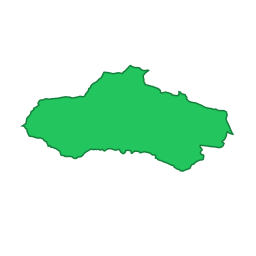 Rondón, Boyacá, Colombia, rotated 248°
{"feature_id": "7082276B99047670325633", "entity_name": "Rondón", "entity_type": "district", "adm_level": 2, "iso_a3": "COL", "parent_name": "Colombia", "parent_adm1": "Boyacá", "projection": "equal_earth", "projection_center": [-73.204, 5.384], "detail": "fine", "context": "isolated", "style": "filled", "palette": "green", "viewbox_px": 256, "rotation_deg": 248, "n_neighbors": 0, "source": "geoboundaries", "source_scale": "gbopen_adm2", "svg_char_len": 5788}
<svg xmlns="http://www.w3.org/2000/svg" viewBox="0 0 256 256"><g transform="rotate(248 128 128)"><path d="M68.4,161.4L67.8,162.1L67.5,162.8L67.6,166.0L67.4,168.4L67.6,170.7L68.5,171.4L69.6,172.4L70.1,173.5L70.0,174.5L70.0,175.6L70.9,177.9L71.2,179.2L71.3,180.1L71.3,183.1L70.9,183.9L70.7,184.9L70.8,186.0L72.6,187.2L73.4,187.4L73.6,187.7L74.0,187.8L74.6,187.8L75.1,187.5L76.0,186.2L76.4,185.9L77.2,185.7L77.8,185.8L79.2,186.8L79.5,187.5L79.7,188.2L79.9,188.5L80.6,188.6L81.6,188.4L83.0,187.8L83.6,187.8L84.6,188.2L84.8,188.4L84.7,188.9L84.0,190.4L81.7,194.7L79.7,197.9L78.5,200.5L77.4,202.4L75.8,204.8L75.5,205.7L75.4,206.3L75.3,207.3L75.4,208.1L75.9,209.4L76.6,210.2L77.8,211.3L80.0,210.0L80.4,210.6L80.6,211.1L80.8,212.2L81.2,213.0L82.1,214.4L83.0,215.1L83.7,216.0L84.4,216.5L85.1,216.8L86.1,217.5L87.4,218.7L85.7,219.7L85.2,220.1L84.0,221.4L83.0,222.9L83.5,222.9L84.4,222.7L86.6,222.5L87.8,222.5L91.0,222.5L93.3,222.4L97.1,222.1L99.4,222.2L99.9,222.4L100.6,222.9L101.2,223.5L103.0,224.8L103.4,224.9L104.1,225.0L106.4,225.0L107.8,223.7L108.4,223.1L109.2,220.9L110.0,219.1L110.8,217.9L111.2,217.4L111.9,216.9L112.3,216.7L112.7,216.6L112.8,215.7L112.9,215.0L113.1,214.6L115.4,211.6L116.4,209.6L117.9,207.8L119.6,205.9L121.0,205.1L124.1,201.9L125.4,200.8L126.4,199.1L126.7,198.7L128.3,196.2L128.6,195.8L129.0,195.6L129.2,195.2L129.9,194.5L130.4,194.2L130.8,194.0L131.2,193.9L131.7,193.6L133.3,193.1L133.7,193.6L134.0,193.8L134.3,193.9L135.1,193.9L136.6,193.3L136.8,193.3L137.4,193.5L137.5,193.5L137.7,193.3L138.5,191.9L138.9,191.5L139.8,190.3L140.7,190.0L141.0,189.9L141.5,190.1L141.8,189.9L142.2,189.1L142.5,188.8L142.2,188.7L141.9,188.9L141.6,188.9L141.3,188.5L141.1,188.3L140.8,188.3L140.5,188.1L140.2,188.1L139.9,187.7L139.9,187.4L139.7,187.1L139.4,186.9L139.4,186.7L139.6,185.4L140.2,184.5L140.4,184.0L141.2,182.7L142.1,181.4L142.4,181.1L142.8,181.1L143.2,181.1L143.4,181.0L144.4,179.8L145.4,178.7L147.3,176.1L147.6,173.2L147.8,172.5L148.0,171.8L148.2,171.7L149.4,171.7L150.0,171.9L150.6,172.0L151.4,171.7L152.8,171.0L154.4,169.5L156.4,167.2L157.1,166.7L157.8,165.4L160.1,162.6L160.7,161.5L161.8,160.3L162.3,160.3L163.1,160.4L164.3,160.0L165.0,160.0L167.5,161.0L168.5,161.0L170.2,161.5L170.9,162.0L171.5,162.6L172.6,164.8L173.2,167.1L173.4,167.9L173.6,168.6L174.1,168.3L174.5,167.0L174.8,165.2L176.2,162.9L177.4,162.0L178.6,161.7L179.1,161.3L179.9,160.5L181.7,156.6L183.9,154.4L184.9,153.9L184.9,153.2L184.9,152.8L184.1,151.3L181.8,146.3L181.7,144.9L181.3,144.1L180.7,143.5L180.6,143.2L182.7,140.0L183.3,137.5L183.8,134.7L186.9,130.2L188.6,126.8L188.6,126.5L188.4,126.3L185.2,122.7L184.5,121.8L184.2,119.8L183.7,118.6L183.0,117.2L182.5,115.5L182.4,113.4L181.7,110.9L180.7,109.1L179.7,108.6L179.5,108.4L179.3,106.6L179.2,106.3L177.5,105.3L176.5,103.5L175.3,101.2L173.8,99.9L173.6,99.1L173.9,97.9L175.3,95.4L175.4,94.9L175.7,92.3L176.5,87.9L176.6,87.6L178.5,85.4L180.4,81.4L181.0,78.9L181.9,73.8L182.5,72.3L182.9,70.4L183.7,68.4L183.9,66.7L184.2,65.5L184.5,65.1L185.0,64.6L185.3,63.6L186.0,62.5L186.0,62.2L185.8,60.7L185.9,59.3L186.6,57.7L186.6,56.9L186.5,56.3L185.5,54.7L185.0,54.2L184.5,53.8L184.0,53.7L183.5,53.9L182.9,54.1L182.5,53.6L182.0,51.7L181.5,48.1L181.2,47.6L180.1,47.4L179.9,46.9L179.8,46.3L179.6,44.9L179.4,44.3L179.0,44.0L178.6,43.6L178.0,43.3L177.8,43.0L177.2,42.6L176.1,40.8L175.9,39.8L175.6,39.2L175.3,38.6L174.9,37.9L173.9,37.2L173.4,37.0L172.6,36.4L171.9,36.0L171.2,35.7L170.4,35.0L170.2,34.5L170.1,33.7L169.9,32.7L169.6,31.7L169.5,31.0L169.4,31.2L168.7,32.0L167.8,32.6L167.3,32.7L166.7,32.7L165.6,33.1L165.3,33.4L164.9,33.7L164.3,33.8L162.7,33.1L161.6,33.3L160.2,33.2L159.3,33.4L158.8,33.3L158.0,33.4L157.4,33.6L157.1,34.1L156.6,35.0L156.2,35.6L155.8,36.3L155.2,37.5L154.4,37.9L153.9,38.5L153.1,39.7L152.4,40.7L152.2,41.1L151.9,42.1L151.8,43.0L150.8,43.8L150.4,44.2L149.9,45.1L149.5,45.3L148.1,45.4L147.2,46.0L146.9,46.1L146.3,46.6L146.0,46.9L145.8,47.2L145.4,47.3L143.8,47.2L142.6,47.3L141.6,47.4L141.3,47.2L141.0,47.2L140.9,47.5L140.9,48.2L140.9,49.0L140.7,49.2L140.1,49.0L139.6,49.0L139.2,49.2L139.0,49.6L138.7,49.9L138.1,51.2L137.6,51.6L136.9,52.3L136.7,52.4L135.5,53.9L135.1,54.1L134.0,54.6L133.8,54.8L133.5,55.0L133.2,55.3L132.1,55.9L130.8,56.0L128.0,55.8L126.6,57.6L126.4,58.0L126.3,58.6L125.9,58.8L125.5,58.8L125.2,59.0L124.9,59.3L124.4,61.0L123.9,62.0L123.7,62.9L122.9,64.4L122.4,65.3L121.6,65.7L120.8,66.1L119.9,66.9L119.5,67.7L119.2,68.7L119.2,69.2L119.8,70.4L119.5,72.2L119.2,72.6L119.1,73.2L119.2,74.3L119.4,75.3L121.2,78.4L122.1,83.8L122.2,86.0L121.7,86.8L121.1,87.3L120.8,88.3L120.7,89.1L119.8,90.9L119.3,92.5L119.1,92.9L118.7,93.4L118.1,93.7L117.9,94.1L117.9,94.5L118.0,95.8L117.9,96.0L117.5,96.4L116.6,96.7L115.9,97.2L115.6,97.5L115.5,98.0L115.9,99.3L116.1,100.4L116.1,102.0L115.9,102.7L114.9,105.0L114.0,105.8L113.0,107.0L112.3,108.0L112.0,108.6L111.9,109.4L111.7,111.2L111.6,111.6L111.4,111.9L109.7,112.1L108.8,112.4L108.1,112.4L107.4,112.9L106.5,113.4L106.0,114.0L105.9,114.7L106.1,115.4L106.9,116.8L107.8,117.4L107.9,118.0L107.6,118.9L106.7,120.8L106.1,121.7L105.5,122.0L103.6,121.7L103.3,121.8L103.1,122.2L104.0,125.1L103.9,125.6L103.6,126.5L103.0,127.8L102.3,128.9L101.8,129.4L101.2,129.7L100.7,129.8L100.5,130.0L100.3,130.7L100.2,131.4L100.1,132.8L100.0,133.7L99.5,134.8L98.2,136.8L97.6,137.5L96.9,138.6L96.4,139.3L95.6,139.6L94.8,139.9L94.3,140.4L93.7,140.8L93.6,141.0L93.6,141.5L93.4,142.0L92.5,143.1L92.1,143.3L91.7,143.2L90.8,142.6L90.2,142.3L89.8,142.2L89.6,142.4L89.4,142.9L89.1,143.3L87.6,144.0L86.8,144.6L86.2,145.3L85.1,146.7L84.5,147.4L83.1,148.5L82.8,149.1L81.8,150.0L80.6,151.5L79.9,152.1L78.6,153.2L77.7,154.1L77.0,154.6L76.6,155.6L76.3,155.9L75.8,156.2L75.4,156.3L74.7,156.1L73.8,156.7L72.8,157.3L70.8,159.0L69.7,160.5L68.9,160.4L68.7,160.7L68.6,161.0L68.4,161.4Z" fill="#22c55e" stroke="#15803d" stroke-width="1.5"/></g></svg>